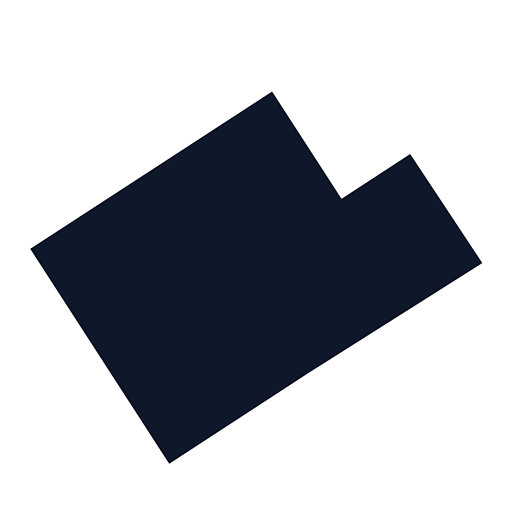 Kimble, Texas, United States of America (Equal Earth projection), rotated 327°
{"feature_id": "52423323B85125570419162", "entity_name": "Kimble", "entity_type": "district", "adm_level": 2, "iso_a3": "USA", "parent_name": "United States of America", "parent_adm1": "Texas", "projection": "equal_earth", "projection_center": [-99.608, 30.499], "detail": "fine", "context": "isolated", "style": "filled", "palette": "ink", "viewbox_px": 512, "rotation_deg": 327, "n_neighbors": 0, "source": "geoboundaries", "source_scale": "gbopen_adm2", "svg_char_len": 265}
<svg xmlns="http://www.w3.org/2000/svg" viewBox="0 0 512 512"><g transform="rotate(327 256 256)"><path d="M441.2,384.4L440.1,255.2L358.1,255.4L358.3,127.6L71.3,127.8L70.8,382.2L235.5,381.9L441.2,384.4Z" fill="#0f172a" stroke="#020617" stroke-width="1.5"/></g></svg>